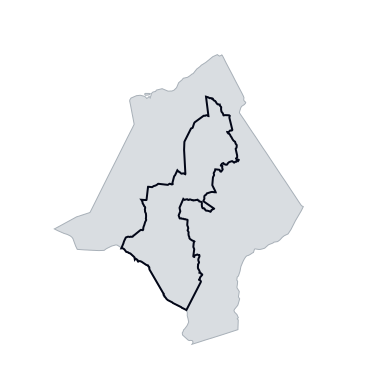 where Eastern sits in Kenya, rotated 207°
{"feature_id": "KEN-889", "entity_name": "Eastern", "entity_type": "National Capital Area", "adm_level": 1, "iso_a3": "KEN", "parent_name": "Kenya", "parent_adm1": "", "projection": "albers", "projection_center": [37.864, 0.691], "detail": "fine", "context": "in_parent", "style": "outline", "palette": "ink", "viewbox_px": 384, "rotation_deg": 207, "n_neighbors": 0, "source": "natural_earth", "source_scale": "10m", "svg_char_len": 8699}
<svg xmlns="http://www.w3.org/2000/svg" viewBox="0 0 384 384"><g transform="rotate(207 192 192)"><path d="M86.2,229.5L86.1,225.0L86.8,213.4L86.8,203.3L87.4,198.2L89.9,195.0L91.0,192.6L91.9,189.3L93.2,186.7L96.2,184.5L96.7,183.3L99.9,179.7L101.7,175.0L103.2,173.5L104.9,172.0L106.2,171.2L108.3,170.5L109.9,170.0L110.2,169.7L110.3,168.9L109.8,166.0L110.5,165.1L111.6,163.1L112.8,161.3L114.0,160.2L114.6,159.0L114.9,157.0L115.0,155.6L115.0,153.2L114.6,147.8L113.3,143.4L112.5,138.3L113.1,136.7L112.1,133.8L111.5,133.6L110.7,133.0L109.6,130.2L108.8,127.7L108.3,127.0L104.7,124.8L103.0,119.6L101.0,118.4L100.0,113.2L99.8,111.8L100.9,106.6L100.8,105.4L99.6,104.3L96.3,103.2L93.6,101.0L93.9,100.3L94.1,99.5L92.7,99.0L88.6,90.2L93.9,84.9L99.3,79.5L106.2,72.7L112.6,66.5L118.0,61.1L122.9,56.3L122.8,57.2L122.8,58.4L123.4,59.2L124.4,59.7L125.8,59.2L127.0,58.4L128.2,58.3L135.5,60.3L136.7,62.0L136.6,63.9L136.9,65.3L136.4,66.7L135.7,70.8L135.9,74.6L138.1,77.4L140.1,79.6L141.6,82.7L142.8,83.7L144.3,84.2L149.4,84.3L156.8,84.5L164.0,84.7L164.6,84.8L166.1,85.2L172.7,89.4L178.7,93.2L183.8,96.6L188.8,99.8L193.6,103.0L197.4,105.6L201.0,106.4L207.0,106.8L211.2,106.9L215.0,108.0L220.7,109.0L225.0,109.5L227.5,110.1L234.6,110.7L235.8,110.3L239.0,107.4L242.5,102.7L243.8,100.1L248.4,97.5L256.4,93.9L262.0,91.4L268.2,88.8L271.1,91.0L275.0,94.6L276.8,96.3L278.2,97.1L280.3,97.6L282.9,97.6L284.3,97.5L287.2,97.0L294.0,96.6L297.9,96.6L294.6,101.3L290.7,107.0L283.6,117.4L278.1,122.9L274.0,127.0L273.6,127.7L273.6,132.3L273.7,143.6L273.9,166.1L274.0,188.6L274.2,211.1L274.2,222.3L274.3,226.1L277.9,230.8L281.5,235.4L286.2,241.5L288.8,244.7L289.2,245.8L289.0,248.0L285.2,252.6L282.0,254.7L277.7,255.7L276.5,255.5L274.8,254.8L274.1,255.9L273.6,257.6L272.7,257.3L272.0,256.8L272.4,259.8L272.9,261.3L272.2,263.3L270.1,265.1L270.0,266.6L265.5,270.5L259.1,271.0L255.7,272.9L254.3,274.5L253.1,278.0L253.5,283.3L251.8,287.4L251.4,289.4L248.1,292.1L246.7,294.5L245.6,297.0L244.7,298.1L243.6,303.7L242.0,307.0L241.6,308.1L241.3,309.2L240.1,311.1L239.3,312.5L238.7,313.4L234.9,322.0L231.8,325.9L229.4,325.5L227.9,327.0L227.7,327.7L226.8,327.3L224.8,325.9L220.8,322.9L216.7,320.0L212.6,317.1L208.5,314.2L204.4,311.2L200.3,308.3L196.2,305.4L192.1,302.5L189.7,300.7L188.6,299.7L187.8,297.7L187.4,297.2L186.3,296.6L185.0,296.4L184.7,296.0L184.7,295.1L185.1,293.6L186.6,291.0L186.8,289.4L186.5,287.6L186.0,284.7L185.6,284.0L182.9,282.5L177.2,279.4L171.6,276.2L165.9,273.0L160.2,269.9L154.6,266.7L148.9,263.5L143.2,260.4L137.6,257.2L131.9,254.0L126.2,250.8L120.6,247.6L114.9,244.5L109.2,241.3L103.6,238.1L97.9,234.9L92.3,231.7L90.1,230.5L88.2,229.5L86.2,229.5ZM274.8,260.4L273.8,260.6L274.3,259.1L277.2,257.1L278.4,257.5L278.6,258.0L278.6,258.4L278.1,258.8L274.8,260.4Z" fill="#d9dde1" stroke="#a8b0b8" stroke-width="1"/><path d="M148.4,84.2L149.2,84.5L149.5,84.5L158.6,84.4L159.4,84.7L164.5,84.7L166.1,85.1L168.0,86.1L169.0,86.3L169.3,86.5L169.7,87.2L169.9,87.3L170.4,87.3L170.6,87.4L170.8,87.6L171.1,88.6L171.6,88.7L194.5,103.5L195.0,104.0L195.6,105.1L196.0,105.6L196.4,105.8L197.2,106.0L197.8,106.6L198.1,106.6L198.9,106.4L199.8,106.3L205.4,107.0L206.9,106.8L208.2,106.2L208.3,105.6L208.6,105.5L209.2,106.0L209.4,106.3L209.6,106.6L210.3,106.8L210.8,106.6L210.9,106.8L211.0,106.9L212.6,107.0L212.6,106.3L213.3,107.2L213.7,107.7L214.2,107.9L218.8,109.2L219.5,109.2L220.6,109.0L221.0,109.0L221.4,109.2L221.8,109.2L223.4,108.8L226.3,110.2L227.4,110.4L228.4,110.3L229.4,109.7L229.8,115.1L230.0,116.0L230.2,117.5L230.3,121.1L230.1,121.8L229.5,122.3L228.9,123.0L228.6,123.2L227.0,123.7L226.2,124.5L225.3,124.7L224.8,125.1L224.5,125.5L224.4,126.6L224.1,126.8L220.8,134.3L220.3,135.1L218.9,135.5L218.5,135.7L218.4,136.3L219.0,137.6L219.4,139.2L219.5,140.7L220.1,143.9L220.1,146.1L220.4,146.5L220.5,146.9L221.0,147.3L221.1,147.6L221.5,148.7L222.3,150.3L223.4,152.0L224.4,152.7L224.9,153.2L225.5,154.3L226.0,154.9L226.2,155.4L226.5,156.6L226.7,156.9L227.2,157.4L228.4,157.8L229.0,158.4L230.6,159.4L231.0,159.7L231.4,160.4L232.0,161.1L232.5,161.3L233.0,161.8L233.6,162.1L229.4,163.9L229.0,164.2L229.0,164.5L233.4,176.3L233.5,176.7L232.9,177.0L229.8,178.2L228.8,179.9L228.4,180.3L227.5,181.1L227.2,181.5L226.5,182.6L226.2,183.1L226.0,183.8L225.8,184.0L217.0,187.3L216.6,187.6L216.2,188.4L215.7,189.2L215.4,189.3L213.6,189.5L212.9,190.0L212.8,190.4L213.4,190.9L213.5,191.0L214.9,197.2L215.0,198.2L214.7,199.2L214.9,204.7L213.9,204.3L213.8,204.1L213.3,204.2L212.9,204.2L212.5,204.0L211.9,204.1L210.3,203.6L209.6,203.6L208.3,204.6L207.5,205.0L206.9,204.7L206.6,204.8L206.1,204.8L206.1,205.1L218.2,226.0L221.4,232.9L221.6,233.5L221.7,247.9L221.6,248.3L220.7,249.3L220.6,249.6L221.3,254.1L221.3,254.8L221.2,255.4L216.3,265.1L215.9,265.5L215.2,265.7L214.9,265.9L214.3,266.7L213.7,267.1L213.1,267.2L212.0,267.0L211.8,267.1L222.8,283.3L222.4,283.4L222.0,283.2L221.8,283.1L221.1,283.7L220.8,283.7L220.4,283.6L219.7,283.7L218.9,283.6L218.6,283.7L218.0,284.2L217.3,284.3L216.9,284.5L216.4,284.6L216.2,284.6L216.3,284.2L216.2,284.0L214.9,283.9L213.8,283.5L212.6,283.6L212.0,283.2L211.4,283.0L210.8,282.5L209.5,281.9L208.9,281.8L208.5,282.1L208.1,282.0L207.4,282.1L207.0,282.5L206.1,281.5L204.8,281.0L204.5,280.8L203.7,279.0L202.5,277.3L201.9,276.8L200.5,276.2L199.7,275.6L199.0,274.8L198.7,274.6L198.4,274.8L198.1,275.0L197.5,275.5L194.2,277.0L193.6,277.2L192.9,277.0L192.6,275.6L192.3,275.0L184.3,265.7L184.3,265.2L184.5,264.9L185.0,264.5L185.7,264.3L185.9,264.1L186.1,263.8L186.5,262.1L186.9,261.8L187.7,261.5L187.6,261.4L187.5,261.2L186.4,260.7L186.1,260.6L185.1,260.7L184.3,260.4L182.6,259.1L181.8,258.8L180.0,257.5L178.5,256.7L177.7,256.5L176.4,256.3L175.3,255.1L174.8,254.7L173.8,254.3L173.5,254.1L173.3,253.8L173.0,253.2L172.5,251.9L172.5,251.3L172.7,250.4L172.3,249.8L168.4,245.1L167.8,244.0L167.5,243.3L168.0,241.9L167.9,241.7L166.9,241.5L166.6,241.5L166.3,241.5L165.3,241.9L165.0,241.9L164.9,241.7L165.0,240.6L165.8,240.7L166.0,240.6L166.4,240.1L166.5,239.9L166.1,239.4L166.1,239.2L167.4,238.3L167.5,237.9L167.6,237.5L167.7,237.4L167.8,237.3L169.9,237.7L170.3,237.7L172.4,235.6L172.9,234.4L173.2,233.6L173.1,232.6L173.2,232.4L173.5,232.1L174.1,231.7L174.9,231.7L175.9,231.4L176.2,231.4L177.1,232.0L177.5,231.7L178.2,230.7L178.2,230.1L178.4,229.1L178.4,228.8L178.2,228.6L177.3,229.0L176.9,229.0L176.5,228.3L176.1,227.2L175.0,226.2L174.9,225.7L175.2,223.8L175.3,223.4L175.7,223.2L176.1,223.2L177.3,224.1L177.6,224.2L177.8,224.2L181.3,222.9L181.6,222.7L181.4,222.3L181.2,221.5L181.2,218.7L181.0,218.3L180.1,217.3L180.0,217.1L180.0,214.8L179.9,214.4L177.1,207.5L176.9,207.2L171.4,203.1L170.8,202.5L171.6,202.1L174.2,201.2L175.1,200.5L178.1,197.5L178.1,197.2L178.3,195.9L178.9,194.9L179.1,194.0L179.0,193.7L178.7,192.9L178.1,192.0L177.9,191.5L177.8,189.3L177.6,189.0L177.3,188.9L165.3,187.3L165.0,187.2L164.9,187.2L164.9,186.7L165.4,186.3L165.9,185.7L166.1,185.1L166.4,184.8L166.4,184.4L166.4,183.4L166.5,182.9L166.7,182.7L167.5,182.8L169.5,182.4L170.1,182.2L170.7,181.9L171.1,181.8L171.5,181.9L172.3,182.3L172.8,182.3L173.1,182.7L173.5,182.9L174.1,182.9L174.4,182.8L174.8,182.5L175.2,182.4L176.4,183.4L177.2,184.6L177.8,185.7L178.0,186.4L178.7,187.2L179.3,187.4L181.0,187.0L181.2,186.9L182.2,187.5L182.5,187.5L183.2,187.3L183.6,187.6L184.1,187.1L184.7,186.8L185.6,186.0L186.4,185.6L186.9,185.1L187.1,185.0L187.5,185.2L188.6,184.7L189.5,184.7L190.3,184.5L190.7,184.3L191.1,183.6L191.8,183.2L192.1,183.2L192.5,183.4L192.8,183.4L193.8,182.8L195.1,181.6L195.5,181.6L196.6,181.9L196.0,172.6L195.9,172.2L195.6,171.8L194.0,169.9L193.7,169.5L193.6,169.0L193.3,165.4L193.2,165.0L192.8,164.6L191.1,163.0L190.9,162.9L190.4,163.1L189.8,163.6L189.5,163.7L188.9,163.6L188.6,163.7L187.6,164.2L187.2,164.3L186.6,164.2L185.8,164.7L184.7,164.8L183.9,165.1L183.5,165.1L183.2,165.0L183.1,164.8L181.3,160.5L180.8,159.9L179.7,159.0L178.9,158.0L178.5,155.9L178.4,155.7L177.2,155.0L176.7,154.5L176.2,153.2L175.5,152.1L175.0,151.5L173.9,150.6L173.5,149.9L173.2,149.6L172.3,149.2L169.7,148.9L167.7,149.1L167.4,149.0L167.5,148.2L167.3,147.3L166.1,144.2L165.8,143.6L164.2,142.2L164.0,141.9L161.7,135.4L161.5,135.2L161.2,135.1L160.9,135.1L160.6,135.2L160.9,136.0L160.7,136.6L160.4,137.1L158.9,138.7L158.6,138.8L157.8,138.7L157.5,138.7L157.3,138.8L156.9,139.1L156.2,138.3L156.0,137.2L156.0,136.0L155.8,134.9L155.2,133.8L154.7,133.3L153.9,132.7L153.7,132.1L153.7,130.1L153.2,129.2L153.0,128.5L152.7,127.9L152.2,127.0L151.6,126.4L150.1,125.5L149.0,124.5L148.9,124.4L148.8,123.6L148.7,123.4L148.0,123.7L147.8,123.9L147.5,123.8L147.1,123.4L146.9,123.3L145.9,123.3L145.5,123.2L145.3,122.7L146.0,119.8L146.0,119.5L145.7,118.3L146.0,117.2L145.9,117.0L144.9,117.1L144.0,116.7L143.5,116.4L143.3,115.7L143.4,84.3L147.2,84.3L148.4,84.2Z" fill="none" stroke="#020617" stroke-width="2"/></g></svg>